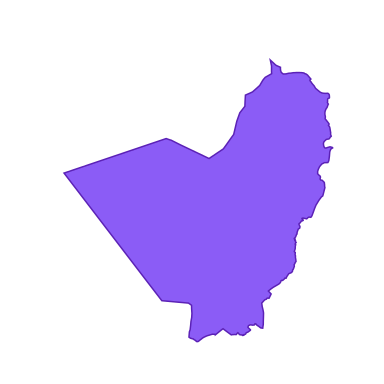 Huautepec, Oaxaca, Mexico (orthographic projection), rotated 192°
{"feature_id": "50627088B22205317391401", "entity_name": "Huautepec", "entity_type": "district", "adm_level": 2, "iso_a3": "MEX", "parent_name": "Mexico", "parent_adm1": "Oaxaca", "projection": "orthographic", "projection_center": [-96.804, 18.07], "detail": "fine", "context": "isolated", "style": "filled", "palette": "violet", "viewbox_px": 384, "rotation_deg": 192, "n_neighbors": 0, "source": "geoboundaries", "source_scale": "gbopen_adm2", "svg_char_len": 4891}
<svg xmlns="http://www.w3.org/2000/svg" viewBox="0 0 384 384"><g transform="rotate(192 192 192)"><path d="M139.5,57.1L139.0,57.7L134.4,63.4L133.2,64.7L129.6,63.0L123.9,60.4L122.5,61.0L121.9,61.1L120.3,61.6L119.7,61.6L119.0,61.8L118.6,62.8L118.3,63.4L117.9,63.9L116.8,63.2L116.0,62.4L114.6,62.4L113.5,62.6L112.8,62.2L112.4,62.3L111.9,62.5L112.2,62.8L111.8,63.2L111.6,63.3L111.2,63.4L110.8,63.6L110.4,63.9L110.1,64.2L109.9,64.5L109.8,65.3L109.6,65.6L109.4,65.8L109.2,66.0L108.7,66.2L108.3,66.4L108.1,66.7L106.2,68.8L106.1,69.2L106.2,69.4L106.4,69.6L107.1,69.9L109.0,71.1L109.2,71.4L109.2,71.7L109.0,72.9L108.9,73.1L108.5,73.4L108.1,73.6L107.8,74.0L107.6,74.1L106.9,74.2L106.3,74.3L105.9,74.3L105.3,74.3L104.9,74.4L104.0,74.7L103.4,74.9L103.2,75.1L103.1,75.3L103.1,75.6L103.1,75.8L103.1,76.1L102.9,76.3L102.6,76.3L102.2,76.2L101.9,76.1L101.7,76.0L101.4,75.8L101.0,75.4L100.8,75.2L100.6,75.1L100.3,75.0L100.0,74.9L99.6,74.7L99.2,74.7L98.5,74.3L96.7,73.4L95.5,73.4L94.5,73.5L94.7,76.1L94.7,77.0L95.1,79.1L95.3,80.0L96.2,85.0L96.8,88.2L97.1,89.2L98.1,91.6L99.0,93.5L99.4,94.3L100.7,97.8L98.5,101.6L97.0,102.6L96.7,103.2L96.4,103.8L94.5,104.2L93.4,108.7L96.7,111.0L94.8,113.4L92.8,115.6L88.6,119.4L87.6,120.4L87.3,120.9L87.0,121.3L86.8,121.8L86.5,122.7L86.5,123.6L86.1,124.1L85.4,124.4L85.0,124.3L84.6,124.8L83.8,125.9L83.6,126.1L83.4,126.5L83.3,127.0L82.0,127.3L81.7,128.9L81.0,130.6L80.4,132.2L79.3,132.9L77.8,134.0L77.2,135.6L77.4,136.7L77.0,137.2L76.7,138.5L76.7,139.4L76.4,140.2L76.6,141.0L77.0,142.2L76.5,143.4L76.4,144.5L75.8,145.6L76.5,147.7L77.4,150.0L77.4,150.9L78.1,152.0L78.3,153.5L78.4,154.3L79.5,154.9L79.5,155.7L79.3,157.1L79.3,158.3L79.6,160.0L79.7,160.6L79.6,162.0L80.0,162.3L80.3,162.5L80.2,162.9L80.0,163.3L80.1,163.5L80.1,163.8L80.0,164.0L79.8,164.1L79.7,164.3L79.9,164.4L80.0,164.6L80.4,164.9L80.5,165.2L80.5,165.6L80.9,165.7L81.0,166.2L81.3,166.2L81.3,166.5L81.6,166.5L81.8,166.7L81.8,167.1L81.5,167.5L82.3,168.0L81.8,168.7L81.3,169.6L81.0,171.7L80.9,172.3L80.6,172.6L80.6,172.9L80.8,174.4L80.6,176.1L80.3,177.9L79.2,178.9L79.1,180.4L79.5,181.1L80.6,182.5L80.7,183.3L80.3,183.8L79.8,184.3L79.5,185.0L79.2,185.7L79.2,186.0L78.9,186.4L78.4,186.5L78.2,186.8L77.8,186.9L77.7,187.4L77.4,187.5L77.5,187.8L78.0,188.1L78.5,188.4L78.9,188.7L78.9,189.1L78.4,189.4L77.7,189.6L76.5,189.6L74.9,189.6L74.2,189.6L73.8,190.2L73.4,190.8L72.9,191.4L72.2,191.8L71.3,191.9L70.7,191.9L70.3,192.2L70.1,192.6L69.7,193.9L69.2,197.3L68.9,199.5L68.7,201.1L68.0,204.9L66.2,210.1L64.4,214.1L63.3,215.3L63.2,216.6L62.9,223.9L63.4,225.0L63.7,226.1L64.0,227.3L64.3,227.9L64.4,228.5L64.7,228.9L65.0,229.2L66.1,229.9L67.3,230.6L68.4,230.4L69.2,231.0L69.5,232.1L69.4,233.0L69.6,233.7L70.1,234.3L71.5,235.0L72.9,236.0L73.4,238.4L73.1,240.8L72.5,243.3L70.9,246.3L68.6,248.2L65.3,249.0L64.9,249.9L64.7,251.5L65.0,255.4L65.6,260.0L65.2,262.7L63.6,264.4L64.1,264.8L66.4,264.9L68.7,263.7L70.0,262.9L71.0,262.7L71.8,263.2L72.6,264.2L73.5,266.5L73.5,268.1L72.9,269.4L71.6,271.3L70.6,271.8L69.2,272.3L68.8,272.7L68.4,273.6L68.1,274.6L67.5,275.2L67.4,275.6L67.6,275.8L68.1,276.7L68.5,277.3L68.6,278.6L70.5,283.5L71.1,284.5L72.4,285.6L72.0,287.0L73.5,288.4L76.1,290.6L77.0,291.3L77.1,292.0L77.1,293.1L77.6,294.3L78.2,295.7L78.6,297.9L78.5,299.5L78.3,300.5L78.0,301.7L77.5,302.6L77.4,303.4L77.3,304.1L77.2,304.9L77.1,305.7L76.9,306.3L77.3,306.7L78.2,307.7L78.2,308.8L78.6,310.4L78.5,311.6L77.9,312.1L77.2,312.5L77.2,313.2L77.7,314.9L78.0,315.7L78.6,316.3L79.1,316.6L79.7,316.8L82.1,316.2L83.5,316.0L84.4,315.9L85.3,315.9L86.6,316.1L87.8,316.5L88.7,317.0L89.9,317.6L92.7,319.1L94.7,321.3L96.5,322.6L97.8,323.7L98.2,324.3L99.0,324.7L100.0,325.9L99.2,327.2L101.3,328.8L103.3,330.4L104.8,331.1L105.5,331.2L106.2,331.2L107.2,331.7L109.9,331.5L111.5,331.2L112.5,331.0L114.9,330.5L116.2,330.1L117.2,329.9L117.8,329.7L120.2,328.8L122.0,328.3L124.0,327.4L124.5,327.1L127.3,326.4L128.5,327.0L129.6,327.6L130.6,329.3L131.2,331.3L131.4,332.4L135.4,333.2L136.6,333.6L138.9,335.0L141.1,336.3L142.8,337.3L140.4,331.8L139.6,328.0L139.4,326.9L138.7,324.3L140.7,322.5L144.2,319.4L145.2,317.6L145.9,316.2L147.9,310.3L149.2,308.5L149.9,307.5L153.6,302.5L155.7,300.9L159.9,297.9L158.9,291.5L158.1,286.8L160.0,282.9L161.7,279.4L162.9,270.5L163.1,261.1L163.2,256.9L164.7,253.6L168.3,245.2L170.3,240.7L179.1,231.6L182.3,228.3L197.7,232.0L213.1,235.7L223.4,238.4L224.3,238.4L228.4,238.9L321.1,183.9L219.3,96.8L198.9,79.4L172.3,82.6L168.9,81.1L168.1,77.7L166.8,73.2L166.2,69.1L166.1,65.5L166.1,65.2L165.6,61.2L165.2,56.8L165.5,54.7L164.8,49.4L164.7,49.3L164.2,49.1L163.1,48.7L162.7,48.6L162.0,48.6L161.1,48.5L160.4,48.5L160.0,48.5L159.5,48.1L159.0,47.9L158.2,47.7L157.8,47.5L157.3,47.3L156.9,46.9L156.5,46.7L155.9,46.7L155.0,47.0L154.2,47.8L153.7,48.5L152.4,50.0L151.9,50.6L151.4,51.3L151.0,51.6L150.3,52.3L147.8,54.2L146.8,54.8L145.3,55.6L142.6,57.1L139.9,57.6L139.6,57.4L139.5,57.1Z" fill="#8b5cf6" stroke="#5b21b6" stroke-width="1.5"/></g></svg>